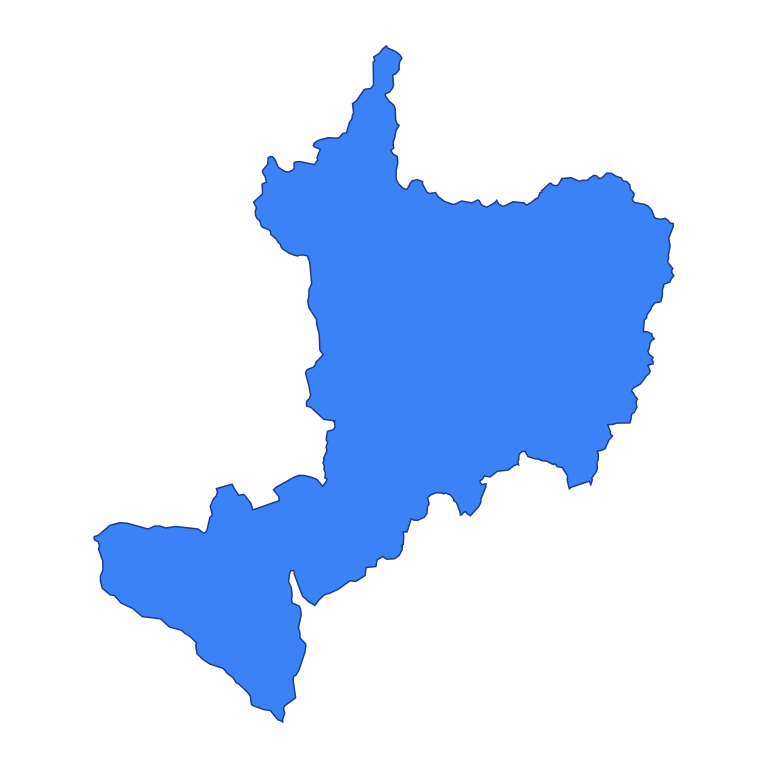 outline of ZAM, Hunedoara, Romania
{"feature_id": "2599482B72694477410374", "entity_name": "ZAM", "entity_type": "district", "adm_level": 2, "iso_a3": "ROU", "parent_name": "Romania", "parent_adm1": "Hunedoara", "projection": "mercator", "projection_center": [22.46, 46.04], "detail": "fine", "context": "isolated", "style": "filled", "palette": "blue", "viewbox_px": 768, "rotation_deg": 0, "n_neighbors": 0, "source": "geoboundaries", "source_scale": "gbopen_adm2", "svg_char_len": 6088}
<svg xmlns="http://www.w3.org/2000/svg" viewBox="0 0 768 768"><path d="M282.7,721.9L282.6,719.3L284.7,713.4L283.5,708.6L284.5,706.0L295.6,697.7L293.3,681.6L293.2,677.4L293.7,676.3L296.0,675.2L299.1,669.7L305.1,651.6L305.8,645.6L305.6,643.9L299.8,637.7L299.9,632.6L298.4,628.0L301.2,614.8L300.6,609.5L299.4,606.2L292.3,603.0L291.6,600.4L292.1,594.8L291.4,588.2L288.6,581.7L289.5,573.9L290.8,570.5L294.0,570.8L294.3,574.2L302.5,595.9L309.0,602.1L315.0,605.3L319.1,599.7L324.5,594.7L329.8,593.2L338.5,589.1L350.1,580.7L355.6,581.4L365.1,575.5L366.1,567.5L375.9,566.5L377.1,559.7L383.4,556.4L384.4,557.9L386.9,559.2L394.7,558.7L399.1,555.5L402.0,550.1L402.3,548.3L401.6,546.1L402.3,546.0L402.1,544.9L403.3,544.4L403.7,537.1L403.3,531.8L407.1,531.9L411.1,518.7L413.9,520.1L417.6,520.3L424.2,517.3L426.9,513.6L427.5,506.6L429.1,504.1L427.5,497.6L431.0,494.8L436.2,492.7L442.6,493.0L443.3,493.7L445.8,493.2L450.3,494.7L453.5,498.7L454.0,500.9L456.4,502.5L460.1,512.2L460.4,515.1L462.4,514.2L463.3,512.5L465.8,511.5L466.8,513.5L470.3,515.8L478.6,506.7L480.8,502.4L480.9,498.9L485.7,487.2L486.0,483.8L481.9,484.6L480.0,482.2L480.3,480.5L482.3,479.4L484.3,476.0L490.2,476.9L497.5,471.2L508.0,470.1L514.3,465.4L517.3,464.3L518.6,464.8L517.8,461.2L518.7,460.1L519.0,454.8L521.0,452.3L523.0,451.4L525.2,451.5L528.0,456.6L535.4,458.9L538.6,459.0L541.5,460.6L546.3,461.1L553.3,464.5L554.4,463.8L555.3,464.2L557.4,466.7L562.2,467.5L567.5,475.8L567.3,480.5L569.3,488.8L571.3,487.2L589.2,481.2L590.3,483.0L590.7,485.4L592.3,479.8L591.7,478.1L596.6,471.0L597.4,467.8L596.9,462.4L598.2,459.9L598.3,454.1L597.2,451.3L602.4,450.1L605.2,448.5L608.7,440.4L612.5,435.8L610.3,433.7L610.4,431.5L607.7,424.7L612.5,424.5L616.8,423.1L629.9,422.9L631.1,418.7L631.5,414.4L634.2,412.3L636.9,407.2L636.1,404.3L636.3,401.0L637.5,399.1L634.8,396.0L633.3,392.9L632.2,392.2L631.8,390.2L633.0,388.2L640.4,384.0L646.8,375.4L649.0,373.6L650.3,371.4L647.9,365.5L649.3,365.1L648.9,364.6L653.1,363.9L652.9,361.2L651.7,359.5L653.1,357.5L648.7,353.9L648.4,351.8L647.7,350.9L648.9,349.4L650.1,343.0L651.9,340.1L654.3,338.9L652.4,336.8L651.8,333.8L647.5,331.9L643.3,331.5L644.4,320.0L646.5,318.2L647.0,314.6L650.9,309.4L651.6,306.9L655.0,302.8L660.0,302.0L661.1,300.9L662.4,295.1L662.5,289.3L663.8,285.6L663.7,284.3L669.9,282.0L671.1,279.0L673.8,275.8L671.7,272.5L671.8,270.3L672.8,268.6L667.9,262.5L667.6,261.0L668.7,257.7L668.3,255.9L670.1,245.9L668.7,238.2L673.3,226.3L673.3,223.5L670.0,223.1L668.6,220.8L665.5,218.4L660.6,219.3L656.0,218.4L654.2,216.9L651.6,210.1L648.2,206.2L644.5,204.3L635.0,202.6L633.3,201.6L632.2,198.7L633.8,195.9L634.0,193.3L630.1,189.0L629.9,184.9L626.6,181.5L623.2,181.1L621.0,177.7L616.5,176.5L611.3,173.3L606.8,173.1L601.6,178.3L599.3,178.4L596.2,175.7L593.6,175.4L587.0,180.4L582.4,180.2L579.7,181.4L571.0,177.7L561.9,178.5L558.4,184.7L556.5,185.7L552.7,185.1L550.7,183.1L549.4,183.6L541.4,191.0L541.8,192.1L539.9,192.9L538.0,198.2L536.4,198.3L530.8,202.8L526.4,205.1L524.0,202.8L513.0,201.8L504.5,206.0L502.6,206.2L498.6,204.0L496.7,200.4L494.7,202.8L486.7,207.3L481.3,204.8L479.4,200.9L477.9,199.9L471.9,202.9L461.7,201.0L454.7,204.2L452.7,204.3L444.6,201.5L438.0,196.5L435.5,192.6L429.3,193.5L426.9,192.0L422.5,184.0L422.6,181.7L417.4,179.7L412.2,180.7L410.1,183.4L407.6,188.6L406.2,189.4L402.9,188.1L398.8,184.1L396.1,179.2L396.2,170.1L397.8,163.0L397.3,156.5L393.1,154.1L390.7,150.4L393.8,148.0L393.2,146.1L393.4,141.3L394.6,138.2L395.9,130.8L399.1,125.3L396.9,123.5L395.6,119.5L395.3,109.3L394.0,105.4L388.8,101.0L385.1,95.3L385.4,93.8L389.4,92.2L392.7,87.8L393.5,85.3L392.8,75.8L393.1,74.7L395.4,74.1L399.2,69.6L399.1,64.8L399.7,61.8L401.9,58.1L399.8,54.8L395.9,51.6L387.6,48.0L386.7,46.2L385.9,46.1L382.4,49.2L379.6,53.3L373.7,56.9L374.9,60.7L373.2,62.0L373.5,84.9L370.6,88.6L365.6,89.1L363.9,90.0L356.3,101.0L352.5,103.6L353.6,112.6L352.2,116.0L352.0,118.7L349.5,122.3L346.5,132.9L342.9,133.3L339.3,137.5L337.4,138.2L328.1,137.7L320.5,139.7L316.9,141.1L314.1,143.3L313.3,145.4L314.2,146.8L320.3,149.3L317.0,157.7L317.7,160.1L314.4,164.6L299.9,161.6L295.9,161.8L294.0,163.0L294.2,168.1L293.1,169.9L288.2,172.1L285.1,171.6L278.3,167.3L274.7,159.0L272.3,156.7L270.5,156.5L268.2,157.7L267.7,164.3L262.6,170.4L262.7,172.5L265.1,176.7L266.3,180.5L266.3,182.2L262.1,184.1L262.6,193.8L253.6,202.1L256.5,207.9L255.2,211.5L255.6,215.5L257.1,218.5L259.8,220.8L261.3,225.9L262.8,227.4L269.2,229.8L270.7,231.4L270.7,234.3L276.7,239.5L277.9,241.9L280.6,244.6L281.1,247.0L282.5,248.8L289.2,253.2L294.9,255.3L297.7,256.0L299.8,255.0L303.9,255.1L307.4,255.9L309.7,262.1L311.7,283.6L309.0,289.5L308.9,296.6L307.8,301.0L308.4,305.0L309.3,308.2L316.6,319.7L316.6,324.0L319.2,334.0L319.8,349.0L320.1,350.4L323.1,354.7L315.6,362.8L315.6,364.3L313.6,367.1L307.9,369.3L306.5,370.6L305.5,373.0L309.0,386.0L310.6,395.2L309.3,398.7L306.9,400.9L306.4,403.6L306.7,406.1L310.9,407.3L323.9,419.4L334.7,420.8L333.7,421.4L334.6,422.8L335.0,427.5L332.9,429.9L327.5,431.3L326.3,438.4L326.4,440.5L327.7,442.1L326.0,447.3L327.1,450.3L323.6,458.4L324.2,459.2L323.0,462.8L324.4,466.0L324.0,469.4L325.5,473.3L324.8,477.8L327.0,479.2L326.2,481.6L322.5,486.2L316.9,479.4L311.6,477.3L304.0,475.5L299.2,475.4L294.3,477.1L275.9,487.4L273.5,489.8L278.8,496.5L279.2,500.7L252.8,509.9L251.0,503.7L244.7,495.3L243.2,494.4L238.8,495.3L234.8,489.5L232.1,484.2L216.4,488.6L217.5,492.1L216.3,495.8L213.4,499.0L210.3,506.3L212.3,515.2L209.9,517.5L206.7,531.3L204.5,533.0L203.3,532.9L198.0,529.0L175.6,526.5L165.8,528.0L160.1,526.1L155.0,526.0L148.1,529.0L126.9,523.2L119.5,522.8L109.9,525.4L98.2,535.4L94.2,536.6L94.4,539.8L98.3,541.9L99.5,546.0L98.5,548.9L102.7,560.8L103.0,569.9L100.4,576.0L100.5,581.2L102.4,588.4L110.3,595.0L114.3,595.3L120.9,602.9L132.9,608.6L142.3,616.6L160.5,618.8L169.3,626.9L181.5,630.3L184.8,633.3L190.3,636.6L196.6,643.0L195.8,645.2L196.5,650.6L196.9,653.3L198.1,654.7L202.8,659.3L209.9,664.1L223.3,668.4L227.3,673.4L233.4,678.0L235.9,682.4L239.1,684.3L247.1,691.8L250.4,696.3L251.4,704.1L252.3,705.3L263.3,709.4L270.3,710.5L278.1,720.0L279.8,720.2L282.7,721.9Z" fill="#3b82f6" stroke="#1e3a8a" stroke-width="1.5"/></svg>